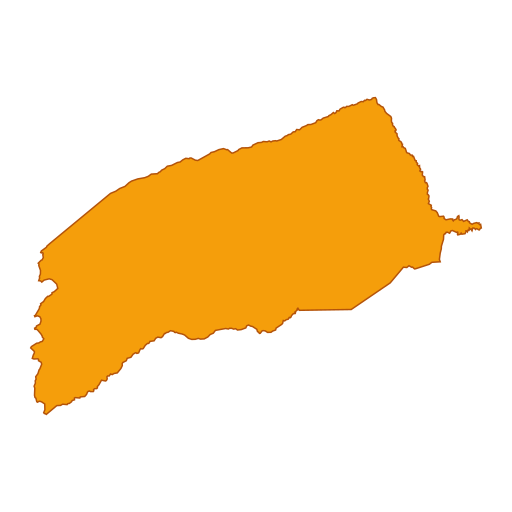 the district of Correntina, Bahia, Brazil
{"feature_id": "56859067B33556006253925", "entity_name": "Correntina", "entity_type": "district", "adm_level": 2, "iso_a3": "BRA", "parent_name": "Brazil", "parent_adm1": "Bahia", "projection": "equal_earth", "projection_center": [-45.351, -13.5], "detail": "fine", "context": "isolated", "style": "filled", "palette": "amber", "viewbox_px": 512, "rotation_deg": 0, "n_neighbors": 0, "source": "geoboundaries", "source_scale": "gbopen_adm2", "svg_char_len": 6002}
<svg xmlns="http://www.w3.org/2000/svg" viewBox="0 0 512 512"><path d="M475.6,229.5L476.1,228.7L477.0,228.7L478.6,229.8L479.4,229.9L480.3,228.4L481.3,228.0L480.6,224.3L479.7,224.7L479.0,224.0L479.0,222.9L477.6,223.2L476.8,222.6L473.6,223.4L472.1,224.3L469.7,222.9L469.3,221.6L468.5,221.6L467.2,219.8L463.6,221.4L462.0,219.6L460.2,220.2L459.2,219.8L458.9,218.8L459.1,217.0L458.8,215.7L457.5,216.5L456.9,218.5L456.1,219.2L454.1,219.9L453.3,220.9L452.6,220.1L452.6,219.0L450.3,218.9L446.0,219.8L444.1,218.5L444.1,217.1L443.5,216.2L439.7,216.6L438.7,216.2L437.3,212.7L435.8,210.9L431.8,209.7L431.3,208.9L431.6,207.5L431.0,206.4L431.3,205.3L428.4,203.6L429.3,201.3L428.3,199.0L428.7,198.3L429.0,196.0L428.4,194.9L427.4,194.3L427.4,192.5L428.1,190.1L427.3,189.3L427.3,187.7L428.0,186.3L427.1,183.6L426.5,182.6L425.5,182.8L424.9,181.7L424.6,180.7L425.1,180.0L424.6,176.7L423.6,176.7L422.3,175.1L422.6,171.9L421.8,171.4L421.1,171.8L419.8,170.9L420.6,169.2L419.6,167.7L419.5,165.7L418.8,166.1L417.2,164.7L417.6,163.5L416.2,162.0L416.2,160.7L415.1,160.4L413.5,156.3L412.5,156.5L412.3,155.2L410.4,155.0L409.4,153.5L407.2,152.9L406.6,152.4L405.3,148.4L403.6,147.6L403.0,146.6L402.0,146.7L402.5,144.2L401.7,143.8L401.6,142.7L400.9,141.7L398.8,140.4L398.9,138.6L398.2,138.1L397.1,135.8L397.0,133.7L395.3,132.3L395.0,131.0L395.7,130.8L396.1,129.9L395.3,128.3L394.4,127.5L394.2,126.6L393.2,126.1L392.5,124.8L392.6,123.3L391.7,122.5L391.4,120.8L391.5,118.2L390.8,116.5L386.6,113.4L384.8,111.2L384.7,110.1L383.0,107.1L381.4,106.5L378.9,104.5L378.0,104.5L376.9,102.6L376.5,99.5L375.4,97.6L373.4,97.8L372.2,98.3L371.6,99.4L369.4,100.0L367.0,99.3L365.5,100.5L364.6,100.3L363.2,101.7L361.2,101.5L357.9,103.1L357.4,103.8L354.7,104.8L353.2,105.3L352.3,104.7L348.9,106.4L346.5,106.4L345.7,107.4L344.8,107.7L344.1,107.2L343.3,107.3L340.1,109.1L339.0,110.9L336.8,110.8L336.0,112.6L334.7,113.5L333.4,112.5L330.9,114.7L328.9,115.6L328.3,116.5L323.2,118.1L321.1,119.8L320.0,120.1L318.4,119.7L316.9,120.7L315.7,122.7L310.9,124.5L307.8,124.6L306.4,125.6L302.1,127.3L299.6,129.8L296.7,129.5L295.2,131.7L293.2,131.9L290.7,134.2L288.4,134.6L287.1,135.6L285.2,136.2L281.3,139.5L276.7,141.0L275.7,140.7L272.8,141.0L271.0,141.9L269.2,141.0L267.1,141.8L263.3,141.5L261.5,142.4L258.0,142.7L252.9,145.1L251.6,147.0L248.1,147.8L241.9,147.9L238.6,149.6L238.1,150.5L233.3,152.9L231.9,153.1L231.1,152.6L227.6,149.6L226.5,149.7L223.5,148.6L218.9,149.6L214.4,151.7L211.0,152.5L209.7,153.9L197.8,160.5L195.4,160.2L191.2,158.0L189.9,158.0L189.1,158.7L185.8,158.3L182.7,159.9L180.1,162.0L177.4,162.5L171.6,165.4L167.3,166.2L164.8,168.6L161.6,170.2L160.3,171.7L158.6,172.5L157.5,173.7L151.3,174.1L148.3,176.3L144.7,177.7L137.8,178.9L131.5,181.1L129.0,182.7L125.0,186.4L119.7,188.5L115.8,191.2L110.5,193.4L50.0,243.4L47.0,246.0L46.4,247.3L41.4,250.9L40.7,252.5L41.3,252.9L42.7,252.7L43.2,253.9L42.8,254.7L43.3,257.5L42.1,259.9L41.2,260.2L38.2,263.2L39.0,264.1L38.8,265.6L40.5,270.4L40.4,274.2L39.4,276.3L39.6,278.1L38.7,280.7L40.6,280.9L41.8,282.1L44.1,280.1L49.2,278.8L52.1,279.7L56.7,284.1L57.8,288.4L54.2,291.7L52.0,292.7L52.0,294.0L51.3,294.6L48.6,296.4L47.7,296.3L45.4,298.5L43.6,301.5L40.6,303.7L40.9,304.5L40.7,305.5L39.6,306.4L39.4,308.3L38.8,309.5L35.3,315.4L34.5,315.7L34.9,316.7L37.3,315.8L39.8,316.7L40.9,318.7L41.0,321.1L40.0,324.1L36.5,326.0L36.3,327.1L34.6,328.2L34.9,329.3L36.7,329.3L37.7,330.1L40.9,333.9L42.2,336.0L42.3,337.0L43.8,338.8L42.3,341.4L40.4,341.9L38.7,343.0L36.7,343.2L31.4,346.6L30.7,347.9L34.4,351.5L34.3,353.1L33.3,355.0L32.3,358.4L33.9,359.0L38.0,358.8L38.6,359.6L38.5,360.7L41.2,362.3L41.7,364.2L39.8,369.0L39.1,369.8L37.9,373.7L35.7,376.7L36.1,379.2L35.2,380.8L35.4,383.1L34.1,386.2L34.8,388.2L34.5,395.3L35.0,397.5L35.9,398.2L36.7,401.5L37.3,402.2L39.6,401.2L41.5,401.8L44.7,403.9L44.9,409.7L43.7,412.7L44.4,413.6L45.2,413.6L46.3,414.4L56.8,405.6L60.6,405.4L62.6,404.2L67.1,404.6L67.7,403.7L69.4,403.4L71.5,401.8L72.2,400.5L74.5,399.8L74.4,398.1L75.1,397.6L79.8,398.0L80.3,396.9L84.7,396.5L86.5,394.5L87.5,392.1L88.2,391.4L89.5,391.0L90.5,391.6L93.2,391.6L93.8,390.8L93.6,389.6L94.5,388.7L96.7,388.6L97.4,387.9L97.4,386.5L98.9,384.8L101.5,380.2L105.5,381.0L106.4,380.5L107.2,378.9L106.9,376.8L107.5,376.0L109.3,375.9L110.5,374.0L112.2,374.6L114.0,373.5L117.3,372.9L120.9,368.5L122.3,365.6L122.2,363.5L122.9,362.5L126.3,360.7L127.2,358.3L130.9,357.3L133.1,354.2L134.9,353.1L135.9,352.7L136.8,353.4L138.6,352.9L140.1,349.4L140.8,348.6L141.9,349.0L143.2,348.6L145.3,345.3L147.5,343.4L148.3,343.5L149.3,342.8L149.9,341.4L154.1,340.8L155.7,338.3L157.8,337.1L161.0,337.7L162.5,336.7L164.5,333.5L165.3,333.5L166.5,332.5L168.0,332.3L170.5,330.7L173.9,331.4L174.5,332.3L175.3,332.6L176.3,332.2L178.3,333.2L182.1,334.0L184.6,335.0L188.4,338.3L191.7,339.4L195.2,339.3L198.3,338.4L200.5,339.1L204.2,338.9L207.8,337.0L210.2,334.5L213.3,333.2L215.4,330.4L225.6,328.5L228.4,329.0L229.5,328.3L231.7,328.3L233.6,329.1L235.6,328.7L237.5,330.0L241.2,329.6L245.8,327.9L246.7,325.8L248.6,325.0L250.6,326.1L252.5,326.5L256.8,329.3L257.5,331.6L258.6,332.2L259.4,333.4L260.2,333.3L262.2,330.8L263.1,330.6L265.3,330.9L267.5,332.4L271.0,332.3L272.6,331.1L275.6,330.0L276.1,328.1L281.7,324.4L282.6,323.4L283.3,320.5L284.7,320.9L286.2,319.7L288.2,319.2L289.3,317.4L290.0,317.8L290.8,317.3L291.6,315.5L293.3,313.7L295.2,313.5L295.5,312.6L294.9,312.1L297.4,309.9L297.0,309.2L297.9,308.2L299.3,310.3L351.2,309.5L390.2,282.9L403.4,267.2L406.8,267.5L409.0,265.7L411.5,267.2L412.6,267.1L414.5,268.9L415.4,268.8L429.3,264.3L431.9,262.3L440.2,261.8L439.4,259.4L440.2,253.2L441.3,248.8L441.4,246.2L443.5,239.3L443.7,235.0L444.7,233.7L445.5,233.7L446.1,232.3L447.4,232.2L449.6,233.2L450.9,230.9L452.4,230.5L456.4,232.3L457.6,232.1L457.9,233.2L457.4,234.0L457.8,234.9L460.2,234.3L461.1,233.1L461.8,234.2L465.0,233.7L466.0,231.8L466.0,230.8L466.9,230.9L467.5,231.8L468.2,230.0L469.0,230.3L469.3,228.0L469.8,228.5L469.9,229.5L471.6,228.9L471.5,230.0L472.0,230.8L472.9,228.0L474.1,228.1L475.6,229.5Z" fill="#f59e0b" stroke="#b45309" stroke-width="1.5"/></svg>